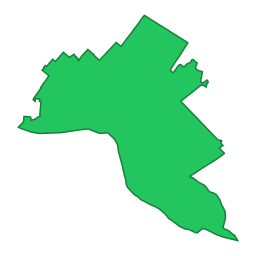 the district of Copaceni, Giurgiu, Romania
{"feature_id": "2599482B89943815520443", "entity_name": "Copaceni", "entity_type": "district", "adm_level": 2, "iso_a3": "ROU", "parent_name": "Romania", "parent_adm1": "Giurgiu", "projection": "mercator", "projection_center": [26.1, 44.268], "detail": "fine", "context": "isolated", "style": "filled", "palette": "green", "viewbox_px": 256, "rotation_deg": 0, "n_neighbors": 0, "source": "geoboundaries", "source_scale": "gbopen_adm2", "svg_char_len": 4213}
<svg xmlns="http://www.w3.org/2000/svg" viewBox="0 0 256 256"><path d="M237.7,240.6L236.3,238.2L235.1,236.2L234.5,235.2L234.1,234.9L233.9,234.8L233.2,234.6L232.5,234.1L232.3,233.9L231.4,233.0L231.2,232.9L230.5,232.2L230.3,232.1L229.7,231.4L229.0,231.0L227.7,230.2L227.4,230.1L226.3,229.6L224.7,229.0L224.6,228.9L224.4,228.8L223.9,228.6L223.5,228.1L223.3,227.6L223.2,227.2L223.3,226.6L223.6,225.3L224.7,221.1L225.3,218.9L225.5,218.0L225.4,215.9L225.2,212.9L225.0,211.3L224.0,209.2L223.9,208.9L223.4,208.0L221.6,205.0L220.8,202.4L220.0,200.3L219.7,199.6L218.9,198.3L216.8,195.3L216.2,194.5L215.4,194.0L214.4,193.7L213.5,192.9L211.3,192.4L210.4,192.0L209.6,191.6L208.9,190.9L208.6,190.6L206.7,188.0L205.7,186.6L205.5,186.4L204.8,185.6L204.1,185.2L203.6,184.8L203.4,184.7L202.1,184.2L200.2,183.0L198.5,182.1L196.2,180.3L195.6,179.8L195.0,179.3L193.0,178.3L191.1,177.5L191.5,177.4L191.2,177.3L190.8,176.9L190.1,176.3L198.4,170.7L198.5,170.6L206.3,165.6L214.0,160.9L220.6,156.2L220.9,156.2L224.2,153.5L224.4,153.4L224.3,153.2L221.8,150.7L221.5,150.4L219.2,148.0L221.4,146.5L222.7,145.6L223.0,145.5L221.4,143.8L220.9,142.8L220.7,142.1L221.3,141.6L221.8,141.2L221.6,140.9L221.3,140.5L219.7,140.3L218.0,140.0L214.0,135.9L201.3,122.6L197.6,118.7L192.1,113.1L188.0,108.8L181.2,101.7L180.9,101.2L187.5,95.9L188.0,95.5L189.1,94.6L191.8,92.5L199.2,86.6L201.5,84.8L203.6,85.6L204.5,86.0L206.1,87.0L206.2,86.3L206.3,86.0L206.3,85.8L206.4,85.0L206.9,84.1L207.8,83.0L208.1,82.3L207.9,81.3L207.4,80.3L206.9,80.0L204.0,82.3L203.0,83.1L202.0,82.6L200.7,81.4L200.6,80.7L200.7,79.5L201.2,78.4L201.6,76.6L202.1,73.2L202.4,71.7L198.2,70.5L197.6,70.0L195.8,68.7L195.5,68.2L195.5,67.6L195.8,66.7L196.9,63.9L197.2,63.1L196.9,62.9L194.8,61.1L192.7,59.4L191.8,59.9L191.1,60.8L190.8,61.8L190.7,62.2L190.3,62.6L190.1,62.7L188.7,63.2L187.7,63.4L187.0,63.9L185.9,64.8L185.4,65.5L185.0,66.2L184.5,66.5L184.3,66.7L183.3,66.6L182.8,66.5L182.6,66.4L181.7,65.3L180.4,64.5L179.7,64.6L179.3,64.8L177.3,67.0L176.6,68.2L175.2,70.0L173.3,72.6L172.3,72.4L170.5,70.0L170.9,68.9L172.8,65.9L175.0,62.5L177.4,59.0L179.8,55.5L184.5,48.1L187.6,43.1L187.8,42.7L186.6,42.0L185.6,41.2L185.3,41.0L183.1,39.7L182.2,39.1L181.7,38.8L181.2,38.5L177.7,36.3L175.9,35.1L174.0,34.0L171.9,32.7L168.7,30.6L166.9,29.5L164.5,28.0L163.2,27.2L161.2,25.9L160.0,25.2L159.7,25.0L156.8,23.2L153.7,21.2L151.4,19.8L150.4,19.2L149.3,18.4L147.9,17.6L147.3,17.2L146.8,16.9L145.9,16.3L145.4,16.0L144.8,15.6L144.7,15.6L144.3,15.4L144.0,15.8L143.9,15.9L143.7,16.2L143.6,16.3L143.3,16.6L142.9,17.1L142.5,17.7L141.9,18.4L141.3,19.2L141.3,19.3L140.8,19.9L140.3,20.6L139.6,21.8L139.2,22.4L139.1,22.6L138.9,22.8L137.7,24.4L136.7,25.7L136.6,25.9L136.1,26.5L135.2,27.6L134.4,28.8L134.1,29.1L133.4,30.0L132.5,31.3L131.4,32.7L130.8,33.5L129.9,34.7L129.7,35.0L129.2,35.6L129.1,35.8L128.8,36.1L128.6,36.4L127.9,37.2L127.9,37.3L127.6,37.7L127.3,38.0L127.0,38.4L126.8,38.7L126.7,38.8L125.6,40.3L124.7,41.5L124.5,41.8L123.7,42.8L121.8,45.4L121.6,45.6L121.3,46.0L121.0,46.4L119.4,45.0L116.4,42.6L116.1,42.4L115.9,42.6L115.5,43.2L113.7,45.1L104.5,54.9L100.7,59.0L99.8,59.9L99.4,60.3L93.6,55.0L93.9,54.7L87.9,49.4L81.8,55.9L78.5,60.7L77.8,59.6L78.2,59.3L76.8,57.3L76.4,57.6L74.0,54.2L69.3,57.4L63.6,52.4L63.4,52.7L63.2,52.5L55.4,61.5L52.7,59.2L46.5,66.5L45.3,65.5L43.9,67.3L44.3,67.7L42.1,70.2L48.9,75.7L44.1,82.8L43.9,82.7L40.8,87.2L41.3,87.5L37.9,92.4L34.5,97.2L33.6,98.6L33.2,99.5L33.2,99.8L33.5,100.1L35.1,101.4L35.3,98.7L39.6,99.1L39.4,101.4L41.0,101.5L39.8,115.3L40.2,116.4L38.5,116.7L37.2,117.6L35.6,118.8L33.6,119.6L31.2,120.2L30.9,120.1L30.9,117.7L30.2,116.9L24.0,116.4L23.5,121.7L23.1,122.3L22.2,123.1L21.3,124.1L18.3,127.2L19.1,127.6L20.2,128.2L22.5,129.0L30.0,131.6L31.5,132.1L32.3,132.2L39.2,133.5L61.4,132.6L80.6,129.7L88.3,129.0L99.6,133.4L107.9,132.8L112.6,137.4L115.1,140.0L117.6,144.9L118.3,150.8L122.1,164.9L124.3,174.9L125.9,180.8L126.1,183.9L127.6,187.4L133.7,194.1L138.2,197.1L140.8,199.6L145.8,202.1L150.5,204.7L155.9,207.0L159.9,209.4L163.9,212.9L166.9,216.0L168.4,218.2L172.8,221.2L179.5,226.4L185.4,229.1L188.6,229.4L194.9,232.3L197.0,233.0L202.6,228.6L206.0,229.3L213.1,232.9L216.5,234.6L223.3,237.1L231.1,239.0L237.7,240.6Z" fill="#22c55e" stroke="#15803d" stroke-width="1.5"/></svg>